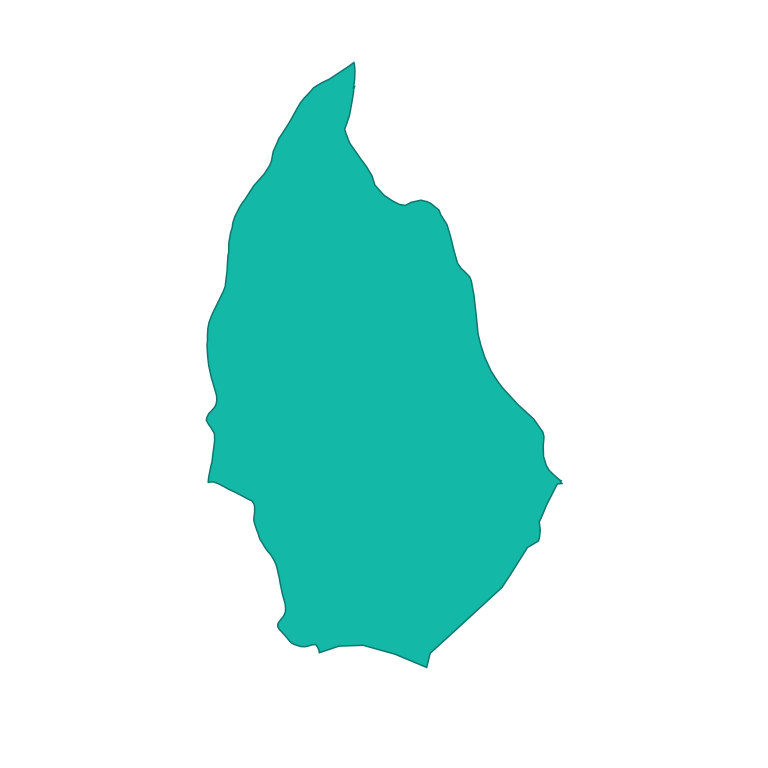 outline of L'Eau Mineau, Micoud, Saint Lucia, rotated 207°
{"feature_id": "8701671B61376458937885", "entity_name": "L'Eau Mineau", "entity_type": "district", "adm_level": 2, "iso_a3": "LCA", "parent_name": "Saint Lucia", "parent_adm1": "Micoud", "projection": "natural_earth1", "projection_center": [-60.921, 13.807], "detail": "fine", "context": "isolated", "style": "filled", "palette": "teal", "viewbox_px": 768, "rotation_deg": 207, "n_neighbors": 0, "source": "geoboundaries", "source_scale": "gbopen_adm2", "svg_char_len": 5943}
<svg xmlns="http://www.w3.org/2000/svg" viewBox="0 0 768 768"><g transform="rotate(207 384 384)"><path d="M180.3,376.1L180.9,376.4L181.6,376.8L182.6,377.4L182.2,378.2L183.7,378.2L186.9,379.0L191.4,380.1L194.7,381.1L197.5,382.0L201.7,384.7L202.6,385.3L208.9,391.8L214.0,401.1L216.7,407.8L217.5,409.6L220.5,413.2L229.5,418.0L234.8,420.8L254.8,426.3L271.3,432.4L272.3,432.8L272.9,433.0L278.2,435.1L282.9,437.5L285.7,439.0L287.5,440.0L294.5,444.2L303.7,451.4L306.1,453.3L315.1,462.3L317.2,464.7L322.8,471.1L331.8,485.2L344.4,504.3L349.2,510.5L353.0,515.5L354.7,517.0L356.2,518.3L363.1,520.7L368.0,522.1L373.3,525.0L380.4,532.7L382.1,534.5L391.7,545.7L400.2,554.6L407.6,559.0L410.2,560.5L413.9,563.9L424.5,566.2L428.5,566.0L432.1,565.1L434.5,564.6L439.1,560.8L442.4,558.1L444.1,555.6L445.9,552.9L451.8,551.0L459.7,551.0L469.9,552.2L474.8,554.1L482.5,557.2L489.5,564.3L498.8,570.0L506.8,573.9L511.4,576.4L516.8,579.3L522.1,582.1L524.1,583.2L529.0,587.6L531.0,589.4L532.1,590.5L534.7,593.2L535.3,597.9L536.5,607.0L540.6,620.8L543.4,629.6L544.6,632.4L544.9,633.1L545.2,635.3L545.8,634.4L546.1,635.4L546.5,636.3L546.7,637.0L546.9,637.8L547.2,638.6L547.5,639.3L547.7,640.0L548.1,640.9L548.3,641.6L548.6,642.4L549.0,643.3L549.3,644.0L549.7,644.7L550.0,645.5L550.4,646.4L550.8,647.1L551.1,647.8L551.4,648.5L551.9,649.5L552.3,650.2L552.7,650.8L553.1,651.5L553.4,652.1L553.8,652.8L554.4,653.6L554.9,654.4L555.3,655.1L555.7,655.6L556.1,656.2L556.8,656.8L559.5,651.4L564.3,642.8L571.2,630.7L576.0,624.4L578.6,620.4L581.2,616.0L582.6,610.2L585.0,602.3L586.1,596.9L586.5,590.9L587.1,573.9L587.7,567.6L589.1,554.6L588.7,550.0L588.3,541.1L585.5,531.4L585.1,526.7L586.1,516.5L587.7,510.7L590.1,501.1L591.7,485.3L592.5,480.9L592.9,476.5L592.9,465.8L591.9,459.0L590.3,454.6L589.3,448.8L586.1,438.8L582.2,430.9L581.2,427.2L575.0,413.0L569.8,398.8L569.2,393.5L569.0,380.2L568.8,368.3L567.9,359.5L566.1,353.4L563.5,347.4L560.9,342.3L559.3,338.1L553.5,328.3L548.6,320.9L540.6,311.1L537.2,307.6L533.3,303.4L528.1,297.9L525.5,293.4L524.5,290.0L524.3,286.5L525.9,280.7L526.7,278.3L526.7,273.9L525.9,271.1L521.9,268.3L517.8,266.2L513.4,263.4L512.0,261.8L509.2,256.7L508.0,253.4L505.4,246.0L501.9,236.5L501.1,232.7L497.9,221.3L496.1,216.7L495.4,216.8L494.8,217.3L494.3,217.8L493.6,218.3L493.0,218.6L492.4,218.9L491.6,219.2L490.9,219.4L490.1,219.5L488.5,219.7L487.2,219.9L486.5,219.9L485.7,219.9L485.1,219.9L484.3,219.9L483.6,220.0L482.7,219.9L482.0,219.9L481.3,219.9L480.5,219.9L479.7,219.9L478.7,219.8L477.9,219.8L476.8,219.8L476.1,219.8L475.2,219.7L474.0,219.7L473.4,219.7L472.2,219.8L471.1,219.8L470.4,219.8L469.6,219.9L468.7,219.9L467.6,219.9L467.0,220.0L466.2,220.0L465.5,220.0L464.7,219.9L464.1,219.9L463.1,219.9L462.4,219.9L461.5,219.9L460.8,219.9L459.8,219.9L459.1,219.8L458.4,219.9L457.5,219.8L456.8,219.8L456.2,219.8L455.3,219.8L454.4,219.8L453.7,219.7L452.9,219.7L452.2,219.7L451.5,219.7L450.5,219.8L449.6,219.9L448.9,219.9L448.0,219.6L447.3,219.2L446.7,218.8L446.0,218.4L445.3,217.9L444.7,217.3L444.2,216.8L443.8,216.1L443.4,215.5L442.9,214.6L442.1,213.1L441.7,212.3L441.3,211.4L441.0,210.6L440.6,209.7L440.1,208.2L439.8,207.4L439.5,206.5L439.1,205.6L438.8,204.8L438.3,203.9L437.7,202.9L437.2,202.3L436.4,201.4L435.8,200.8L435.3,200.2L434.8,199.7L434.3,199.3L433.6,198.6L433.1,198.0L432.6,197.6L432.1,197.1L431.6,196.6L431.0,196.0L430.4,195.5L429.7,194.9L429.1,194.4L428.4,193.7L427.8,193.1L427.2,192.5L426.6,191.8L426.1,191.4L425.7,190.9L425.0,190.2L424.2,189.6L423.7,189.1L423.1,188.8L422.5,188.4L421.7,188.0L421.1,187.6L420.5,187.2L419.7,186.8L419.0,186.4L418.5,186.0L417.7,185.5L417.0,185.1L416.4,184.7L415.8,184.3L415.3,184.0L414.7,183.7L414.2,183.4L413.4,183.0L412.7,182.7L411.8,182.2L411.2,182.0L410.3,181.6L409.7,181.4L408.9,181.1L408.3,180.8L407.6,180.5L406.6,180.0L405.7,179.4L404.9,178.9L404.1,178.4L403.3,177.9L402.4,177.3L401.5,176.7L400.8,176.2L400.0,175.5L399.1,174.8L398.6,174.4L397.9,173.7L397.4,173.2L396.8,172.6L396.3,172.1L395.8,171.5L395.2,170.8L394.5,169.9L394.0,169.4L393.6,168.8L393.0,168.1L392.5,167.5L392.0,166.8L391.5,166.3L391.0,165.7L390.5,165.2L389.9,164.4L389.3,163.7L388.8,163.1L388.3,162.4L387.8,161.7L387.4,161.1L386.7,160.2L386.0,159.4L385.6,158.7L385.0,158.0L384.6,157.5L384.1,156.9L383.5,156.1L382.6,155.0L381.9,154.1L381.3,153.4L380.8,152.8L380.3,152.2L379.9,151.6L379.4,151.0L378.7,150.2L378.0,149.4L377.4,148.8L377.0,148.3L376.4,147.7L375.7,146.9L375.2,146.4L374.7,145.8L374.2,145.3L373.1,144.1L372.4,143.3L371.8,142.5L371.4,142.0L371.1,141.4L370.7,140.7L370.2,139.9L369.7,139.0L369.3,138.3L369.0,137.6L368.6,136.9L368.5,136.2L368.3,135.4L368.3,134.5L368.2,133.5L368.1,132.6L368.2,131.8L368.2,130.8L368.4,129.8L368.6,129.1L368.8,128.3L369.0,127.4L369.1,126.6L369.2,125.9L369.4,125.1L369.5,124.1L369.7,123.4L369.7,122.5L369.5,121.6L369.2,120.8L368.8,120.0L368.4,119.5L367.7,118.9L367.2,118.6L366.3,118.1L365.5,117.7L364.5,117.3L363.8,117.1L363.2,116.8L362.5,116.6L361.5,116.2L360.5,115.8L359.4,115.4L358.8,115.2L358.1,114.9L357.3,114.6L356.6,114.3L355.7,114.0L354.8,113.6L354.1,113.3L353.5,113.0L352.7,112.6L352.1,112.4L351.4,112.0L350.8,111.9L350.0,111.6L349.2,111.4L347.8,111.2L346.8,111.2L345.7,111.2L345.1,111.3L344.2,111.4L343.6,111.5L343.0,111.6L342.3,111.8L341.6,111.8L341.0,111.9L340.2,112.1L339.6,112.2L338.9,112.3L338.2,112.6L337.6,112.9L336.9,113.2L336.3,113.5L335.6,113.8L334.9,114.2L334.3,114.7L333.7,115.2L333.1,115.6L332.3,116.3L331.8,116.8L331.1,117.5L330.6,118.1L329.9,118.7L329.2,119.2L328.6,119.6L328.1,120.0L327.5,120.3L326.7,120.6L326.0,120.6L325.3,120.2L324.7,119.9L324.1,119.6L323.5,119.2L322.8,118.7L322.2,118.3L321.8,117.8L321.2,117.3L320.5,116.4L320.0,115.7L319.6,115.2L305.1,130.0L284.0,141.7L251.8,148.2L217.3,150.8L220.6,165.1L207.3,200.3L194.4,235.1L186.5,256.3L186.3,258.3L184.8,271.6L181.9,303.6L179.1,307.9L175.1,314.2L175.7,317.6L178.5,324.9L183.1,331.6L183.1,335.6L183.9,346.1L184.2,349.5L184.2,373.5L183.1,374.3L180.3,376.1Z" fill="#14b8a6" stroke="#0f766e" stroke-width="1.5"/></g></svg>